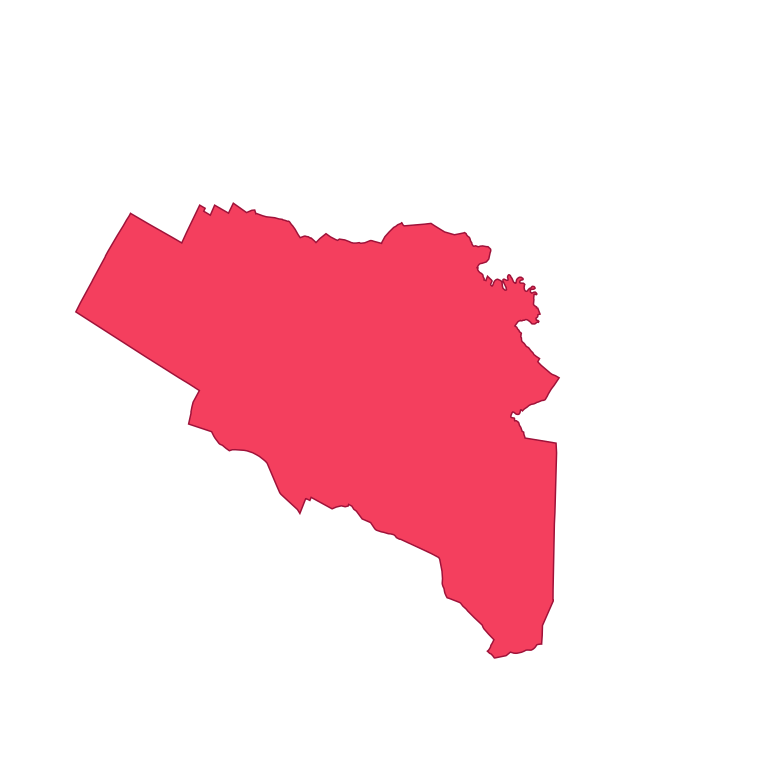 outline of Livada, Satu Mare, Romania, rotated 47°
{"feature_id": "2599482B37449701162045", "entity_name": "Livada", "entity_type": "district", "adm_level": 2, "iso_a3": "ROU", "parent_name": "Romania", "parent_adm1": "Satu Mare", "projection": "equal_earth", "projection_center": [23.137, 47.873], "detail": "fine", "context": "isolated", "style": "filled", "palette": "rose", "viewbox_px": 768, "rotation_deg": 47, "n_neighbors": 0, "source": "geoboundaries", "source_scale": "gbopen_adm2", "svg_char_len": 6149}
<svg xmlns="http://www.w3.org/2000/svg" viewBox="0 0 768 768"><g transform="rotate(47 384 384)"><path d="M86.3,453.0L86.8,454.2L87.4,456.1L88.5,460.5L90.4,466.5L93.5,477.8L98.7,495.3L100.4,500.4L100.9,501.2L101.9,504.2L109.0,525.3L109.4,526.5L109.6,526.7L117.5,550.5L121.1,560.2L202.0,539.6L240.3,529.5L250.9,526.5L262.9,523.5L267.1,536.0L269.7,540.0L272.9,544.4L273.5,544.7L280.0,554.2L301.3,542.6L306.0,544.0L308.4,544.5L315.0,545.2L316.3,545.0L318.5,544.0L323.4,543.4L327.3,542.6L328.6,539.8L330.7,537.5L337.0,531.6L339.4,529.8L344.7,526.9L348.7,525.5L352.0,524.5L357.2,523.7L359.8,523.4L362.3,523.5L384.5,531.6L392.5,534.4L394.5,534.6L416.8,532.9L421.3,533.8L414.5,519.6L415.1,519.3L415.0,519.0L418.6,517.6L417.2,514.6L439.9,507.1L441.4,502.9L444.0,498.3L447.3,496.1L448.8,493.4L447.9,492.0L451.4,490.8L455.0,491.5L458.1,490.9L467.8,492.0L476.2,488.3L483.7,489.5L485.6,489.3L490.3,486.8L492.2,485.4L496.5,482.9L498.1,481.4L500.6,479.8L501.6,479.5L502.6,479.4L503.8,479.5L504.7,479.7L507.9,478.6L509.0,477.7L540.1,465.1L548.2,462.3L550.2,462.8L560.4,469.2L566.3,474.0L569.5,477.4L570.4,478.0L572.0,478.8L574.5,479.6L577.4,481.5L578.8,482.2L581.4,483.1L583.4,483.6L585.1,482.6L595.1,477.8L596.3,477.4L600.4,477.8L604.8,477.4L607.1,477.6L616.5,477.3L627.3,476.6L629.5,477.5L631.3,477.9L638.2,478.1L646.0,478.0L647.4,481.7L648.0,484.0L649.1,485.7L649.4,486.8L649.8,488.1L650.0,489.5L649.9,490.6L653.0,490.4L654.6,489.8L656.9,489.8L659.6,490.1L660.0,489.7L665.7,480.4L666.0,479.7L666.3,474.4L669.4,472.6L671.0,471.1L671.9,469.9L674.0,466.3L674.9,463.9L675.5,461.7L676.2,460.7L678.9,458.0L679.2,457.3L679.6,455.7L679.7,453.8L679.5,452.2L679.0,450.4L679.1,449.8L679.6,448.8L681.4,446.3L681.7,446.1L675.7,439.7L668.7,432.8L658.1,408.2L657.1,407.3L656.9,407.4L649.6,400.5L602.4,354.7L594.6,346.7L552.1,304.8L544.6,298.5L519.7,317.7L518.7,317.1L516.0,315.9L514.5,314.7L512.8,315.2L508.9,313.5L506.6,313.1L504.3,311.9L503.4,312.0L503.2,311.8L501.1,312.3L500.0,313.5L499.6,313.3L498.4,312.2L497.8,312.0L495.4,313.7L494.6,313.7L494.3,313.5L493.4,312.2L492.8,310.8L492.3,309.7L492.3,308.9L493.2,308.3L496.2,307.9L497.3,307.1L498.0,306.2L498.1,305.4L497.7,304.1L496.1,301.8L496.4,301.3L498.1,301.1L498.0,299.8L498.0,298.2L498.5,295.1L498.6,292.6L499.3,290.2L500.7,288.0L501.5,285.9L501.6,284.9L502.3,283.7L503.7,279.9L504.8,278.4L505.3,277.1L505.3,276.5L504.2,272.8L503.4,270.8L501.8,265.3L500.9,260.1L498.9,251.7L495.0,252.9L491.6,254.5L489.3,255.0L477.7,256.3L473.7,256.4L472.6,256.3L471.5,252.9L467.8,253.8L464.7,254.3L462.8,253.8L459.8,253.9L456.1,253.5L453.5,254.3L450.1,253.8L447.0,254.1L445.6,253.4L443.9,252.0L442.7,251.8L442.2,250.9L441.3,250.3L441.0,249.4L440.6,249.0L439.8,248.9L438.1,249.3L437.1,248.8L436.3,248.7L435.0,248.8L433.1,248.2L430.8,248.7L429.8,243.6L429.9,242.7L430.2,242.0L430.4,241.0L431.1,240.9L431.9,239.9L432.2,238.8L433.0,238.0L433.4,236.7L433.6,236.3L434.8,235.4L437.1,234.9L438.6,234.7L440.5,234.8L441.0,234.7L442.8,232.9L443.0,232.4L443.2,230.2L443.3,229.7L444.2,229.0L444.0,228.7L443.7,228.7L443.8,228.1L443.5,228.0L442.4,228.1L441.4,228.9L441.1,229.0L439.6,228.0L439.5,227.5L439.7,226.3L439.6,225.7L438.3,224.1L439.3,222.2L433.4,219.8L432.2,220.5L431.7,219.9L429.4,220.5L428.3,220.5L427.6,220.3L424.5,216.8L423.4,216.1L420.9,213.2L421.1,212.5L422.4,211.8L422.6,211.6L422.5,210.9L422.4,210.8L421.8,210.6L420.1,210.6L419.7,210.9L419.0,211.9L418.8,212.8L418.3,213.9L416.8,214.2L416.2,213.9L415.2,213.1L414.9,212.6L415.3,212.1L415.4,211.6L416.7,210.0L417.0,209.1L417.0,208.2L416.2,207.8L415.1,207.8L414.0,208.6L413.7,209.1L413.7,210.2L413.9,210.9L413.7,211.8L413.3,212.3L413.4,214.5L413.7,215.5L413.5,216.3L413.2,216.8L412.3,217.2L410.9,217.0L408.7,215.5L408.5,215.0L407.8,214.4L407.3,213.2L406.5,213.1L405.4,213.3L403.3,215.3L402.6,215.5L402.1,215.4L401.8,215.2L401.4,214.2L401.6,212.8L402.4,211.5L402.4,211.0L401.6,210.4L399.4,210.9L398.5,211.9L398.2,212.3L397.9,214.0L398.0,215.2L398.4,216.3L399.8,218.1L400.1,218.7L399.9,219.2L399.7,219.3L399.5,218.9L398.9,219.5L397.8,219.7L393.9,218.3L392.5,218.2L391.0,217.7L389.9,217.8L389.5,218.0L389.2,218.3L389.2,219.0L389.6,220.1L390.4,221.0L391.6,221.5L392.5,222.3L392.4,222.9L391.8,223.6L389.1,224.7L388.8,225.7L389.0,226.0L389.8,226.8L396.8,228.9L396.8,229.0L397.1,229.1L397.2,229.3L398.6,230.1L398.5,230.9L397.9,231.5L396.1,231.7L394.8,231.6L393.1,230.6L390.3,228.5L389.2,228.1L388.1,228.1L384.9,229.4L384.4,230.2L384.1,231.3L384.1,232.8L384.6,234.5L385.3,235.6L386.0,237.3L386.1,238.0L385.7,238.4L384.3,238.4L383.7,237.9L382.5,234.9L382.1,234.6L381.3,234.5L375.8,234.8L376.3,235.7L376.6,236.6L377.9,238.9L376.1,239.9L375.3,238.9L373.0,238.3L372.5,237.8L371.6,237.3L369.7,237.3L367.9,237.9L365.9,237.9L364.2,237.5L363.2,236.1L362.4,236.7L361.6,234.1L361.4,232.9L361.5,231.7L362.8,229.6L364.5,225.9L364.1,222.2L360.4,216.9L359.8,215.7L359.0,214.7L358.1,214.1L357.2,214.1L354.5,214.3L353.4,215.4L350.3,217.7L348.7,219.8L348.4,220.8L347.7,221.6L345.5,222.7L345.2,223.1L344.7,224.1L344.3,224.5L343.8,224.6L341.8,224.3L340.5,223.5L338.7,223.2L336.1,221.9L335.0,221.6L332.7,222.0L330.9,221.8L330.6,221.6L330.1,221.4L328.2,221.8L327.9,222.6L325.6,226.4L322.9,230.7L314.1,236.0L302.4,239.2L298.6,240.1L294.7,245.4L282.2,261.3L281.8,261.5L281.0,261.6L279.9,261.5L278.6,261.0L278.1,261.2L278.3,261.5L278.2,261.9L276.9,265.3L276.7,268.0L276.1,270.1L276.3,276.5L276.9,282.9L279.0,289.1L279.5,289.9L272.9,294.0L271.1,295.0L270.1,295.8L269.7,296.4L267.6,301.8L265.2,305.1L263.7,305.7L262.3,307.8L260.3,310.1L257.9,311.7L256.6,312.1L251.9,314.4L247.6,317.8L247.3,320.0L245.6,320.8L239.9,322.8L234.5,323.9L233.9,331.6L234.2,337.3L232.4,337.3L227.7,337.7L227.2,337.9L227.1,338.4L224.8,338.9L223.4,340.0L221.9,340.9L221.3,341.9L219.8,345.5L216.0,344.9L210.2,343.5L205.6,342.9L204.6,343.0L201.0,342.5L199.9,342.7L199.3,343.5L196.6,344.9L195.8,345.5L194.7,346.1L194.2,346.1L191.7,348.2L187.9,350.5L181.5,356.0L178.2,358.0L172.3,361.0L172.1,361.6L168.6,359.9L166.8,362.2L164.9,367.6L149.0,370.9L153.0,381.2L137.7,385.9L142.1,395.9L134.7,398.0L133.5,395.0L127.5,396.8L138.5,425.0L142.9,435.7L132.9,438.7L107.4,446.7L86.7,452.9L86.3,453.0Z" fill="#f43f5e" stroke="#9f1239" stroke-width="1.5"/></g></svg>